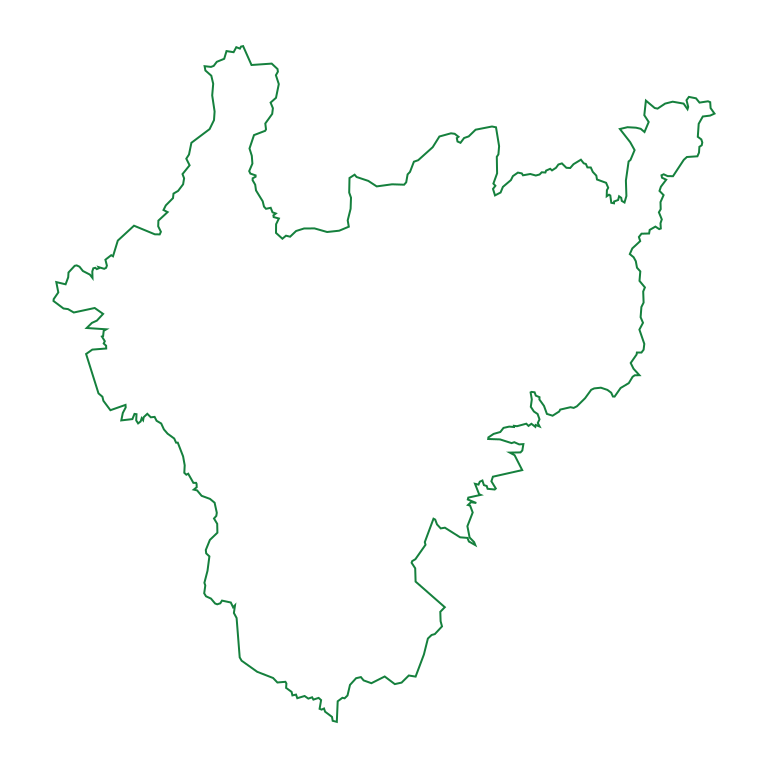 outline of Tetela de Ocampo, Puebla, Mexico
{"feature_id": "50627088B39259384142241", "entity_name": "Tetela de Ocampo", "entity_type": "district", "adm_level": 2, "iso_a3": "MEX", "parent_name": "Mexico", "parent_adm1": "Puebla", "projection": "natural_earth1", "projection_center": [-97.768, 19.812], "detail": "fine", "context": "isolated", "style": "outline", "palette": "green", "viewbox_px": 768, "rotation_deg": 0, "n_neighbors": 0, "source": "geoboundaries", "source_scale": "gbopen_adm2", "svg_char_len": 6074}
<svg xmlns="http://www.w3.org/2000/svg" viewBox="0 0 768 768"><path d="M206.0,596.3L211.0,598.6L215.1,603.5L217.2,604.3L220.3,603.3L222.0,600.6L230.8,602.5L233.1,607.3L235.0,605.3L233.9,613.0L236.6,618.0L239.7,657.4L241.6,660.7L257.2,671.8L273.1,678.0L277.4,682.5L285.4,681.8L286.4,683.5L286.1,687.9L291.6,691.9L292.4,695.4L296.0,694.6L297.3,698.2L304.6,696.0L308.3,698.6L312.1,697.3L313.4,699.6L318.6,697.9L321.1,700.1L319.6,708.8L321.6,709.6L324.0,708.5L325.1,711.7L332.0,716.9L332.7,720.8L336.8,721.9L337.7,701.3L342.4,697.8L344.6,698.3L347.5,695.5L350.0,684.9L356.1,678.2L360.9,677.1L363.6,680.4L371.4,683.2L384.7,676.5L394.8,684.1L401.6,682.6L408.8,675.5L415.6,676.6L423.9,654.5L427.9,638.5L431.6,635.0L434.8,634.1L442.0,626.4L440.6,621.2L440.3,611.8L444.8,607.2L415.6,581.6L415.2,568.3L411.6,562.8L412.2,561.1L415.4,559.2L425.5,544.8L424.8,542.1L433.5,518.7L435.2,519.6L437.0,524.4L440.7,528.4L444.9,527.7L460.1,537.3L467.4,537.9L468.9,541.5L475.3,545.1L474.1,542.1L469.6,537.5L467.4,526.2L472.7,512.5L470.1,505.6L468.0,505.0L471.0,502.2L476.3,503.0L467.8,499.5L468.3,497.6L480.7,494.9L479.1,494.2L475.0,483.8L478.5,484.6L479.8,481.7L482.4,480.5L483.9,485.1L486.7,486.0L487.6,488.8L494.7,489.5L495.8,488.5L491.4,481.3L492.9,476.7L522.2,470.1L514.6,455.2L509.8,452.6L520.5,452.4L522.3,450.5L523.4,444.1L519.2,444.4L514.3,442.2L511.6,443.1L500.0,439.4L488.2,439.0L488.4,437.4L493.6,433.9L500.3,432.0L503.5,427.9L509.2,426.6L514.0,427.0L513.9,425.8L517.0,426.2L526.3,423.7L528.5,425.9L531.4,423.8L535.3,426.8L535.7,425.0L539.6,426.5L537.8,423.0L539.5,419.3L537.6,414.0L533.9,411.5L530.8,406.8L531.8,399.4L530.6,392.4L531.6,391.9L534.6,392.3L535.8,395.6L539.5,397.2L539.4,399.5L544.0,405.9L546.9,413.9L552.6,415.7L559.2,411.5L560.2,409.6L570.5,407.2L573.7,407.9L576.9,406.3L585.1,398.2L591.2,389.8L594.2,388.4L600.9,387.7L607.4,389.9L611.2,392.7L612.9,396.5L614.6,396.6L620.6,388.0L628.8,383.1L632.6,376.8L634.7,375.3L639.4,375.2L633.5,368.7L630.7,363.0L636.6,354.5L636.9,352.5L641.5,352.5L643.6,349.7L644.3,343.9L639.4,329.6L643.0,322.8L640.6,317.2L641.4,307.0L643.6,302.6L643.2,291.5L644.9,287.4L639.5,280.9L640.3,271.4L637.0,267.7L635.8,261.2L633.6,257.2L629.8,254.1L632.3,248.4L640.2,241.1L638.9,237.0L641.5,233.7L649.1,233.5L649.7,229.9L655.4,226.6L659.2,229.1L660.8,228.5L660.5,223.2L661.8,219.4L658.9,212.3L660.7,209.2L660.5,202.1L663.6,195.1L659.5,190.9L660.9,186.7L666.2,179.7L662.0,177.7L661.5,175.3L663.7,174.3L667.6,176.1L673.0,176.2L683.8,159.8L686.9,157.0L697.4,156.3L699.0,152.6L699.4,146.8L701.7,145.3L702.3,142.5L701.3,139.4L697.8,136.8L698.7,123.8L702.8,116.5L710.1,115.6L714.5,113.6L710.6,108.1L710.2,102.2L708.0,101.3L699.5,102.6L696.0,98.3L688.9,96.9L686.5,100.2L688.2,106.9L687.5,109.2L683.6,103.6L672.7,101.7L665.1,103.6L657.6,108.6L654.7,108.0L645.9,100.6L644.3,115.2L648.7,122.0L644.5,132.0L640.7,128.8L636.0,127.7L627.5,127.2L619.9,129.0L630.2,142.2L634.6,150.1L630.5,159.9L628.6,161.5L625.9,180.6L626.4,196.0L624.5,202.5L621.8,200.9L621.2,197.8L619.1,196.3L618.1,200.0L614.1,201.5L614.0,203.3L611.3,202.8L610.3,195.5L609.0,194.7L606.7,196.3L606.9,190.2L608.2,187.8L606.1,182.8L597.0,179.5L596.3,175.6L592.8,171.9L590.8,167.5L587.4,167.4L585.9,164.0L583.7,163.3L580.9,159.7L573.5,164.2L570.2,168.0L566.4,167.8L561.9,163.4L558.4,164.5L556.0,167.8L552.0,170.4L550.2,168.8L546.1,170.6L545.4,172.5L541.7,172.3L539.6,174.5L535.8,175.5L530.3,174.0L523.0,175.3L521.8,173.4L517.9,172.6L512.9,176.1L510.9,180.1L502.9,186.9L500.6,192.5L495.0,195.4L493.0,188.9L495.4,185.8L493.4,183.6L497.1,173.3L496.8,156.8L498.4,154.4L499.1,146.2L496.0,127.3L492.0,126.5L475.6,129.7L468.7,136.4L464.1,138.0L460.5,142.8L457.5,141.5L456.8,138.1L458.5,136.8L454.7,133.8L451.0,133.3L439.4,136.5L432.7,147.2L418.2,160.2L413.9,161.7L410.0,171.9L407.6,174.4L406.2,182.3L404.1,184.7L392.1,184.3L376.7,186.4L368.3,180.9L356.6,177.0L354.6,174.7L349.5,178.0L349.2,192.6L351.0,197.7L350.6,208.8L347.7,220.4L348.8,226.7L339.2,230.7L327.1,232.0L314.5,228.4L304.0,228.5L296.1,231.0L290.1,236.7L286.0,235.7L282.4,238.7L276.0,232.9L276.1,224.2L278.9,218.5L273.7,217.1L273.4,215.4L275.8,213.5L272.5,212.3L270.7,207.8L266.0,208.8L264.0,206.6L262.7,201.3L256.0,190.4L255.2,184.7L252.6,180.2L252.7,178.3L255.6,176.7L255.6,175.4L250.4,173.6L249.2,171.1L252.4,163.6L251.8,155.8L249.5,148.5L254.0,135.1L265.2,130.8L266.0,129.3L265.3,123.5L272.2,113.9L272.9,108.2L270.6,102.6L276.0,97.8L278.8,84.1L275.9,75.2L277.9,71.7L277.5,69.0L271.7,63.6L251.5,65.0L243.1,46.1L241.0,46.6L239.9,48.6L236.3,47.2L233.6,52.2L226.5,51.1L224.2,58.8L216.8,61.8L213.7,65.9L211.0,66.9L204.6,66.2L205.4,70.5L211.3,75.7L213.2,83.8L212.2,95.4L214.6,111.5L214.0,120.1L209.6,129.1L191.4,142.8L189.0,154.5L186.3,158.7L189.6,165.3L182.5,174.1L184.1,178.3L183.1,184.3L178.1,190.9L173.5,193.6L173.0,198.1L165.8,205.4L163.5,210.0L167.6,212.1L158.4,220.6L158.2,226.3L160.9,231.8L159.7,234.4L154.8,234.3L134.0,225.7L117.8,240.6L113.0,256.3L111.2,255.2L105.4,259.7L106.9,265.6L106.1,267.8L104.2,268.8L98.6,267.1L99.2,268.1L96.8,269.1L95.3,267.8L93.3,268.3L92.3,271.4L92.5,278.0L89.9,274.6L82.9,271.0L79.5,266.7L76.7,265.4L74.7,265.8L68.5,272.5L68.2,277.3L65.6,284.3L56.3,282.1L58.3,292.4L53.7,299.1L53.5,301.0L63.5,308.5L68.0,309.1L73.8,312.5L94.7,308.0L103.1,313.9L96.9,320.6L91.9,322.9L86.7,328.0L106.3,329.3L103.7,330.8L103.1,336.1L101.9,336.5L104.8,341.2L103.7,343.5L106.1,345.7L106.2,348.5L92.3,349.6L86.1,354.0L98.5,393.4L102.4,396.7L103.4,400.8L110.4,410.2L125.5,404.9L125.7,407.4L122.8,413.0L121.3,420.4L132.4,419.1L134.5,413.9L136.5,414.2L136.2,420.4L138.1,423.4L140.6,421.5L141.7,418.2L143.1,420.2L143.7,417.2L147.3,413.8L150.8,417.3L154.6,416.9L156.6,420.8L161.2,423.5L163.9,429.4L167.6,433.7L174.2,438.5L176.1,442.7L177.8,442.7L183.1,456.4L184.7,465.3L184.3,472.8L186.3,474.7L188.2,473.7L193.4,482.9L196.1,482.9L196.6,484.0L196.7,487.2L193.8,489.6L197.1,490.4L201.6,495.8L210.0,498.9L214.6,502.7L216.8,512.8L216.3,515.9L214.0,518.5L217.2,523.8L217.4,532.7L209.9,539.9L205.8,550.0L206.2,553.4L209.4,556.4L207.5,570.8L204.4,582.8L205.3,585.5L204.2,593.3L206.0,596.3Z" fill="none" stroke="#15803d" stroke-width="2"/></svg>